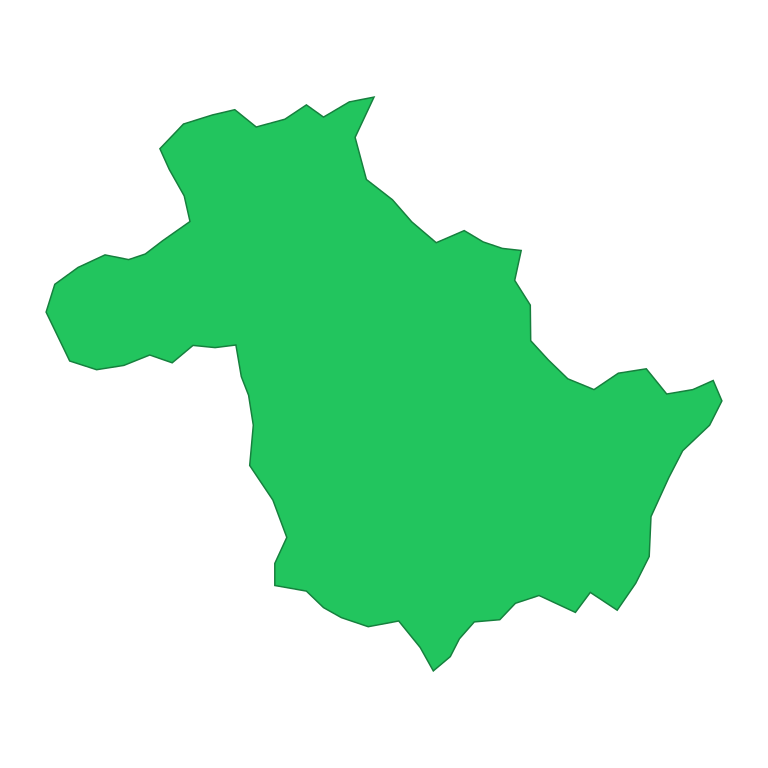 Lindóia, São Paulo, Brazil
{"feature_id": "56859067B84014914436539", "entity_name": "Lindóia", "entity_type": "district", "adm_level": 2, "iso_a3": "BRA", "parent_name": "Brazil", "parent_adm1": "São Paulo", "projection": "natural_earth1", "projection_center": [-46.656, -22.513], "detail": "fine", "context": "isolated", "style": "filled", "palette": "green", "viewbox_px": 768, "rotation_deg": 0, "n_neighbors": 0, "source": "geoboundaries", "source_scale": "gbopen_adm2", "svg_char_len": 1085}
<svg xmlns="http://www.w3.org/2000/svg" viewBox="0 0 768 768"><path d="M374.0,97.1L349.3,101.9L323.5,117.1L306.4,104.9L284.9,119.2L256.2,127.0L234.8,109.7L212.6,114.9L183.5,124.0L159.9,148.7L169.3,169.5L184.2,195.9L190.0,221.5L162.8,240.6L145.3,254.0L128.6,259.6L105.0,254.9L78.1,267.4L54.8,284.3L46.1,312.1L69.7,361.0L96.6,369.7L123.9,365.4L149.7,355.0L172.2,362.8L193.0,345.4L215.1,347.6L235.9,345.0L241.3,376.6L248.6,395.3L253.3,425.2L249.7,465.5L272.9,500.1L286.8,537.4L274.8,563.4L274.8,585.5L306.4,591.1L323.5,607.6L341.3,617.6L368.2,626.7L398.7,621.0L420.2,647.5L433.3,670.9L450.3,656.6L459.4,638.8L474.3,621.9L499.8,619.7L515.4,603.3L539.0,595.5L575.4,612.4L590.3,592.4L617.2,610.2L635.7,583.3L649.2,556.5L651.0,516.6L668.8,477.6L682.7,450.7L709.6,425.2L721.9,400.9L713.2,380.5L692.8,389.6L666.7,394.0L646.3,368.8L618.3,373.2L594.0,389.6L567.8,378.8L548.1,359.7L530.7,340.7L530.3,305.1L514.7,280.4L521.2,250.5L502.3,248.4L483.1,241.9L464.2,230.6L436.2,242.7L411.8,221.9L392.5,199.8L366.4,179.5L355.1,137.4L374.0,97.1Z" fill="#22c55e" stroke="#15803d" stroke-width="1.5"/></svg>